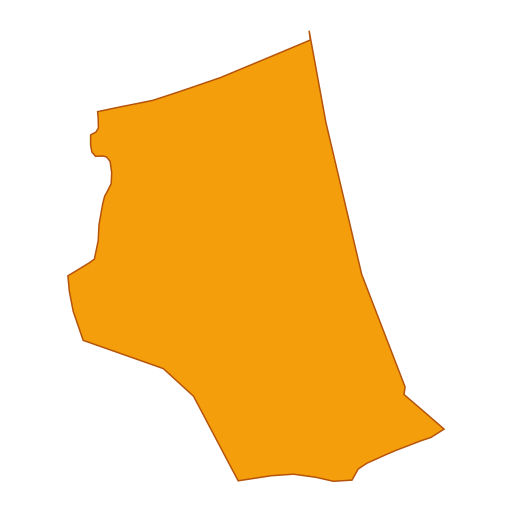 outline of Nyala Shimal, Southern Darfur, Sudan
{"feature_id": "16777658B77538778882228", "entity_name": "Nyala Shimal", "entity_type": "district", "adm_level": 2, "iso_a3": "SDN", "parent_name": "Sudan", "parent_adm1": "Southern Darfur", "projection": "albers", "projection_center": [24.663, 12.429], "detail": "fine", "context": "isolated", "style": "filled", "palette": "amber", "viewbox_px": 512, "rotation_deg": 0, "n_neighbors": 0, "source": "geoboundaries", "source_scale": "gbopen_adm2", "svg_char_len": 876}
<svg xmlns="http://www.w3.org/2000/svg" viewBox="0 0 512 512"><path d="M238.2,480.8L244.7,479.8L271.5,475.7L293.5,474.2L316.1,477.3L333.4,481.3L352.0,480.1L358.2,469.0L366.9,463.2L386.5,454.4L395.6,450.5L421.4,440.6L430.8,437.5L444.1,429.1L440.4,425.9L418.9,407.3L409.9,399.6L404.0,394.5L405.1,387.0L361.7,274.4L355.1,246.5L350.5,226.8L325.9,122.4L309.1,30.7L310.3,40.0L266.9,58.2L219.8,77.8L177.7,92.2L152.6,100.4L121.6,106.6L97.6,111.6L98.2,118.9L98.4,128.0L95.8,132.2L92.8,133.7L90.6,135.0L90.6,145.1L91.9,152.1L95.5,156.3L99.9,156.1L103.6,156.1L106.7,157.1L110.1,161.4L111.7,172.8L111.4,179.3L111.1,183.9L109.3,187.4L106.7,192.6L104.7,196.0L102.7,203.9L99.0,224.6L98.2,240.6L94.4,259.1L92.2,260.7L88.8,263.1L67.9,275.8L69.3,291.1L73.2,311.3L83.2,340.4L163.3,368.6L193.5,396.2L198.8,406.2L231.0,467.3L238.2,480.8Z" fill="#f59e0b" stroke="#b45309" stroke-width="1.5"/></svg>